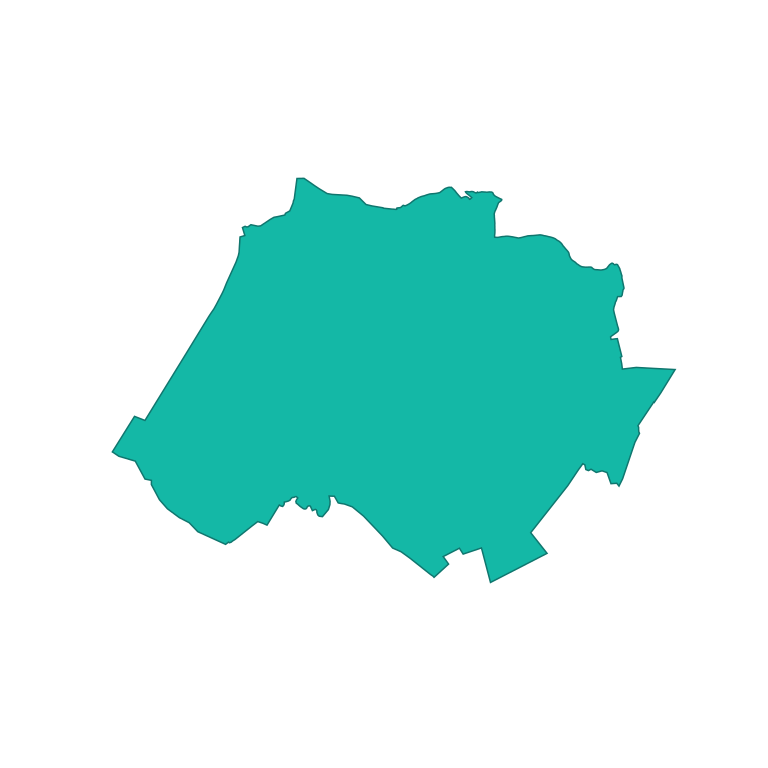 Dobreni, Neamt, Romania (Albers equal-area conic projection), rotated 160°
{"feature_id": "2599482B23692151151374", "entity_name": "Dobreni", "entity_type": "district", "adm_level": 2, "iso_a3": "ROU", "parent_name": "Romania", "parent_adm1": "Neamt", "projection": "albers", "projection_center": [26.4, 46.994], "detail": "fine", "context": "isolated", "style": "filled", "palette": "teal", "viewbox_px": 768, "rotation_deg": 160, "n_neighbors": 0, "source": "geoboundaries", "source_scale": "gbopen_adm2", "svg_char_len": 6123}
<svg xmlns="http://www.w3.org/2000/svg" viewBox="0 0 768 768"><g transform="rotate(160 384 384)"><path d="M657.8,406.7L644.1,396.6L641.1,376.4L635.5,373.0L637.0,369.1L634.6,352.1L630.2,340.8L622.0,328.4L614.5,320.3L609.5,308.9L587.7,287.5L584.2,288.6L583.6,287.7L581.9,287.6L579.8,288.3L577.3,288.8L556.7,295.7L549.7,297.9L547.9,296.5L545.4,294.5L542.2,291.4L523.8,306.1L522.6,304.6L521.1,303.6L519.7,304.4L518.8,305.4L518.1,307.1L516.5,306.9L514.0,306.7L512.0,307.0L510.8,308.0L509.1,308.8L508.2,308.5L507.1,308.3L506.1,308.5L504.9,308.2L504.0,306.4L505.7,305.2L507.0,303.8L507.2,302.0L506.4,300.9L504.6,297.5L502.4,294.4L501.6,293.8L500.8,293.5L500.2,293.4L499.5,293.6L499.0,293.9L498.4,294.6L496.9,295.3L495.9,295.1L495.0,294.4L494.6,289.5L491.5,289.7L490.7,289.0L490.5,287.7L491.0,286.2L491.0,283.6L490.1,281.9L487.2,280.4L479.2,285.0L476.1,289.1L474.8,292.2L473.9,297.5L471.5,296.5L469.0,295.5L467.7,287.9L465.1,286.3L462.3,284.8L455.8,279.4L448.4,266.9L437.4,241.7L432.0,226.9L425.3,220.5L419.4,211.8L405.4,189.0L403.7,186.7L403.1,185.2L384.9,192.7L387.4,201.6L369.3,203.9L367.8,197.1L348.5,196.6L351.8,161.1L288.7,169.1L297.0,194.1L246.1,225.6L230.8,236.8L224.4,241.1L222.9,239.3L223.6,234.6L221.5,232.7L218.6,233.1L214.8,228.3L208.8,227.8L204.7,224.5L204.8,212.7L199.2,211.1L198.1,207.7L192.2,213.3L168.2,243.3L160.8,250.2L160.9,252.0L160.3,254.1L159.5,256.3L159.7,257.9L136.7,274.8L136.4,274.2L127.2,280.8L105.5,298.0L127.1,307.2L141.3,313.3L154.9,316.5L153.7,321.7L152.7,328.2L151.1,328.5L149.2,346.8L151.2,347.3L155.4,348.2L155.0,350.8L154.7,351.0L151.7,351.8L146.6,353.3L145.6,353.9L144.9,355.1L144.7,357.2L144.7,358.4L143.4,371.8L142.9,375.3L141.5,377.7L140.7,378.7L139.4,380.4L138.5,381.8L137.3,382.8L134.6,386.2L131.2,385.1L129.9,386.0L128.3,388.8L128.0,389.2L127.3,390.5L127.0,390.8L125.9,391.6L125.6,392.4L124.3,401.5L124.2,402.3L123.4,404.3L123.4,405.1L123.4,406.2L123.2,408.2L123.2,409.3L123.1,409.9L123.2,410.2L123.1,410.8L123.2,411.1L123.1,411.3L123.0,411.7L123.5,414.7L123.7,415.6L123.7,415.9L123.7,416.1L123.9,416.4L124.1,416.6L124.3,416.8L124.6,416.9L125.2,417.1L126.0,417.1L126.5,417.2L126.7,417.3L126.8,417.4L127.0,417.7L127.3,418.4L127.4,418.6L127.8,419.1L128.1,419.4L128.3,419.5L128.9,419.6L129.3,419.5L130.3,419.2L131.3,418.9L134.7,416.8L135.3,416.5L135.8,416.4L136.7,416.3L137.0,416.3L137.8,416.3L140.4,416.7L141.5,417.0L144.4,418.4L145.9,419.0L146.5,419.3L147.0,419.6L147.4,420.0L147.9,420.6L148.6,421.7L148.9,422.5L149.1,422.7L149.5,423.0L150.3,423.4L154.3,424.7L155.4,425.2L156.8,425.9L157.4,426.2L157.9,426.5L158.9,427.4L159.7,428.3L160.8,429.9L161.9,431.3L162.0,431.7L162.4,432.6L162.9,433.4L164.1,435.0L164.7,435.8L164.9,436.3L165.3,437.0L165.5,437.9L165.6,438.5L165.7,439.0L165.8,440.4L165.9,440.9L165.8,441.4L165.8,441.8L165.7,442.3L165.6,442.9L165.5,444.0L165.6,444.6L165.7,445.2L166.8,448.2L167.1,448.8L167.2,449.2L168.2,452.0L168.4,452.2L168.5,452.8L168.7,453.6L169.0,454.9L169.3,455.7L170.1,457.3L170.7,458.3L171.6,459.3L172.1,459.9L173.0,461.3L173.4,461.9L174.3,462.8L175.3,463.7L176.8,464.8L177.5,465.3L178.7,466.0L180.7,467.4L181.5,467.9L183.0,468.7L183.9,469.4L185.4,470.3L186.0,470.6L186.8,470.9L192.7,472.4L193.9,472.8L198.1,474.0L198.9,474.1L200.3,474.2L201.7,474.4L203.0,474.5L204.9,474.7L206.3,474.9L207.8,475.2L208.3,475.5L208.9,475.9L210.0,476.6L210.6,476.9L212.5,478.1L216.0,480.0L217.5,480.7L218.6,481.1L220.5,481.5L222.6,482.1L225.0,482.5L226.8,482.8L228.3,483.4L229.8,484.1L229.3,485.7L228.2,487.9L227.0,491.0L226.4,493.1L226.2,493.4L225.5,495.6L224.9,497.0L224.0,500.1L223.4,502.2L223.2,503.2L222.8,504.1L222.6,504.9L222.5,505.4L222.4,505.8L222.0,506.6L221.7,506.9L221.2,507.7L220.4,508.6L219.7,509.2L218.1,510.9L217.6,511.4L215.7,513.7L214.7,514.8L214.4,515.1L214.2,515.2L213.7,515.4L212.6,515.7L211.8,515.9L211.0,516.2L210.7,516.4L210.5,516.6L210.3,516.8L210.3,517.1L210.3,517.3L211.2,518.1L212.9,519.9L214.2,521.3L214.9,522.1L215.3,522.6L215.5,523.0L216.1,524.2L216.2,524.6L216.3,524.8L216.3,525.1L216.3,525.8L216.3,526.2L216.5,526.7L216.7,527.0L217.1,527.4L217.5,527.7L218.5,528.1L219.2,528.4L219.9,528.6L220.9,528.8L221.9,529.1L222.6,529.4L223.3,529.8L224.1,530.1L225.6,530.8L226.9,531.3L227.3,531.3L228.0,531.2L228.6,531.5L229.0,531.5L229.7,531.6L229.9,531.7L230.1,531.8L230.3,532.0L230.5,532.4L230.9,532.3L231.1,532.2L231.3,532.0L231.9,532.0L232.2,532.1L232.4,532.2L232.7,532.4L233.0,532.7L234.3,534.1L234.6,534.3L235.1,534.6L235.5,534.8L236.4,535.1L237.6,535.2L238.6,535.6L239.4,536.1L240.0,536.4L240.9,536.7L241.7,536.8L241.7,536.4L241.5,535.8L241.3,535.3L241.1,534.8L240.2,533.3L239.8,532.7L238.4,530.3L237.8,529.1L239.1,528.5L239.9,528.2L240.5,528.3L240.7,529.7L242.3,531.7L242.9,532.1L243.6,532.3L245.0,532.4L247.8,532.3L248.4,533.6L249.0,534.9L250.1,537.8L250.4,538.6L250.9,540.2L251.4,541.7L252.0,542.9L252.3,543.6L253.4,545.8L253.9,545.9L255.3,546.5L256.0,546.7L256.8,546.8L258.1,546.8L259.6,546.8L261.2,546.4L263.3,545.7L265.8,544.9L266.1,544.8L267.2,544.9L269.8,545.3L271.5,545.7L273.7,546.3L275.5,546.8L276.1,546.9L279.4,547.1L281.8,547.1L283.5,547.3L285.0,547.4L287.4,547.3L288.2,547.3L289.6,547.0L291.6,546.8L295.3,545.7L296.3,545.3L298.0,544.8L299.7,544.5L301.1,544.3L302.2,544.2L302.8,544.2L303.1,544.2L303.8,544.5L304.4,545.1L304.6,545.2L304.8,545.3L305.0,545.3L307.1,544.5L307.7,544.3L308.2,544.2L308.9,544.3L310.9,544.8L311.8,544.9L312.1,544.6L312.1,544.4L312.1,544.0L312.1,543.9L312.3,543.8L312.8,543.9L313.6,544.2L315.4,545.1L316.2,545.4L323.8,549.1L324.5,549.4L324.6,549.9L334.5,555.5L339.5,558.8L343.5,567.3L349.9,571.5L354.2,574.0L367.9,579.9L372.3,582.4L378.0,589.5L381.1,593.7L388.8,604.6L395.5,606.9L405.2,588.3L406.3,587.3L407.6,585.1L413.3,578.9L418.2,578.1L419.4,576.7L426.9,577.7L430.4,578.3L434.5,577.6L445.8,574.8L448.5,575.4L454.6,579.2L458.1,578.2L459.6,578.7L460.6,579.7L463.5,579.4L464.0,571.1L469.0,571.4L470.2,568.7L470.9,567.0L472.6,563.2L475.1,557.4L477.0,554.4L481.4,549.1L497.2,533.0L500.7,529.1L502.4,527.2L504.4,525.2L506.1,523.6L514.4,516.0L518.2,512.7L522.3,509.8L525.5,507.4L539.3,496.4L560.9,479.2L621.1,431.5L629.5,438.9L662.5,413.1L657.8,406.7Z" fill="#14b8a6" stroke="#0f766e" stroke-width="1.5"/></g></svg>